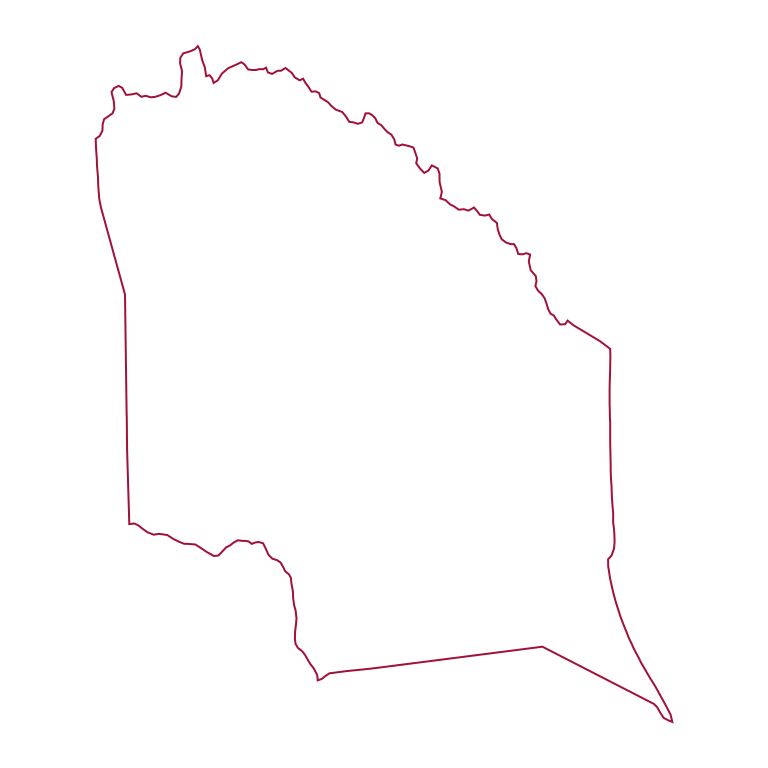 Alcobaça, Bahia, Brazil (Equal Earth projection)
{"feature_id": "56859067B73334653800996", "entity_name": "Alcobaça", "entity_type": "district", "adm_level": 2, "iso_a3": "BRA", "parent_name": "Brazil", "parent_adm1": "Bahia", "projection": "equal_earth", "projection_center": [-39.394, -17.469], "detail": "fine", "context": "isolated", "style": "outline", "palette": "rose", "viewbox_px": 768, "rotation_deg": 0, "n_neighbors": 0, "source": "geoboundaries", "source_scale": "gbopen_adm2", "svg_char_len": 3630}
<svg xmlns="http://www.w3.org/2000/svg" viewBox="0 0 768 768"><path d="M610.2,348.9L600.0,341.2L573.8,325.5L567.6,320.6L565.2,324.2L560.1,324.5L556.1,319.2L553.9,315.6L550.6,313.7L548.2,309.3L546.6,303.8L544.6,298.2L541.7,294.0L538.1,290.8L535.4,286.1L536.5,281.2L535.8,276.1L530.7,270.2L528.8,261.6L530.1,254.5L526.3,253.2L522.3,254.4L518.2,253.9L516.4,248.1L514.0,244.1L510.5,244.1L505.8,242.4L501.8,239.3L499.7,235.2L497.8,229.6L496.9,223.0L491.7,218.8L489.2,214.5L485.0,215.6L479.8,214.8L477.0,210.9L474.0,207.5L468.5,210.6L463.8,209.2L458.8,209.7L453.8,206.2L450.2,204.5L445.5,200.1L440.3,198.4L441.9,191.9L439.6,182.2L439.5,173.8L437.7,168.4L431.8,165.4L428.4,170.6L424.2,172.9L420.1,168.6L416.2,163.2L417.2,158.5L415.2,152.4L413.4,147.5L409.4,146.2L402.4,144.5L398.9,145.7L395.5,144.5L394.3,139.4L391.4,134.7L387.6,132.2L384.5,129.0L381.2,125.1L377.5,122.9L375.2,118.1L372.4,115.3L369.1,113.3L365.6,113.3L363.8,118.4L362.2,122.4L357.8,123.8L352.8,122.2L349.3,121.9L346.1,116.7L342.2,112.0L335.7,109.6L331.6,106.2L328.0,102.2L324.0,99.7L320.5,97.5L319.2,93.1L315.7,91.4L311.5,91.7L308.3,86.7L305.4,82.8L303.1,78.7L299.6,80.3L294.8,77.4L291.9,73.0L285.5,68.0L281.1,70.7L277.5,70.8L272.1,73.9L267.9,72.4L266.1,67.7L262.9,69.3L259.5,69.1L256.0,70.0L252.4,70.0L248.2,69.5L244.5,64.4L241.2,62.2L236.8,64.4L228.2,68.2L222.0,73.5L217.8,80.3L213.6,83.0L212.3,78.6L209.6,75.2L206.2,76.2L204.8,67.3L202.4,60.8L201.1,55.5L199.8,49.6L197.8,46.1L195.1,49.1L190.0,51.4L183.3,53.3L180.3,57.8L180.1,63.6L182.1,71.2L181.5,79.0L181.3,86.7L179.0,93.6L176.2,96.9L171.6,96.3L165.6,92.7L160.1,95.3L155.4,96.8L150.8,97.3L145.7,95.8L141.4,96.8L136.6,93.3L131.6,94.4L126.1,94.9L122.2,87.8L118.6,85.9L114.0,88.2L111.5,92.1L113.8,101.3L114.4,108.7L112.5,113.4L107.8,116.7L104.1,119.2L102.7,124.1L102.4,130.7L99.8,135.9L95.7,138.8L95.9,144.5L96.2,150.4L96.8,158.8L97.0,165.7L97.5,171.6L98.0,177.3L98.1,181.9L98.3,186.4L98.8,193.0L99.2,198.6L100.9,207.3L125.0,294.5L126.6,412.1L126.8,418.9L127.0,443.2L127.2,453.4L129.3,524.1L134.4,523.5L138.7,525.6L142.2,528.5L147.5,532.3L153.8,534.7L158.8,533.9L163.2,534.4L167.4,535.1L170.9,537.4L174.0,539.3L179.1,541.8L184.2,543.8L188.1,543.9L195.4,544.5L200.4,547.7L206.9,552.1L213.9,556.0L218.4,555.5L221.9,551.9L226.1,547.4L229.9,545.5L233.3,542.8L237.8,540.3L241.8,540.8L245.3,540.9L248.8,541.5L251.7,543.9L255.2,542.5L258.7,542.0L263.1,543.3L266.0,549.2L268.5,554.9L272.4,558.7L277.2,560.2L280.6,562.6L283.2,567.1L285.2,571.2L288.9,574.3L290.9,577.9L291.4,583.3L292.9,591.4L293.2,598.5L294.1,605.1L295.6,610.4L296.5,618.4L295.9,625.0L295.1,631.6L294.9,639.1L295.6,644.0L297.9,647.9L302.0,651.1L304.8,654.5L307.3,659.0L310.4,664.2L313.7,668.3L317.2,675.0L317.7,680.4L321.8,678.9L325.8,675.7L329.5,673.3L346.6,671.1L371.2,668.6L515.2,650.2L542.4,646.7L654.0,704.0L657.3,707.4L660.3,712.8L663.7,717.9L668.4,720.4L672.3,721.9L670.6,714.7L666.9,707.5L663.5,701.2L659.8,694.6L656.9,689.2L653.9,684.1L650.7,679.1L647.2,673.2L644.0,667.6L641.3,663.1L638.8,658.0L635.9,652.6L633.9,648.9L631.3,643.0L628.8,637.9L626.4,631.7L623.7,625.1L621.8,620.2L620.0,615.3L618.5,610.4L617.1,606.2L615.8,602.0L614.6,597.6L613.2,592.2L612.1,587.7L611.2,583.3L610.1,578.6L609.2,572.6L608.2,566.3L608.1,559.3L611.6,555.5L614.0,548.6L614.6,541.7L614.4,534.7L613.9,528.0L613.1,522.1L613.2,513.8L612.5,505.6L612.0,498.6L611.7,492.1L611.6,487.0L611.0,478.8L610.7,470.8L610.7,465.4L610.5,457.5L610.4,451.3L610.2,444.0L610.2,439.1L610.2,432.0L610.2,423.4L609.9,417.0L609.8,410.7L609.6,403.5L609.6,396.1L609.6,389.4L609.7,383.2L610.0,374.7L610.2,369.0L610.2,364.1L610.4,357.2L610.2,348.9Z" fill="none" stroke="#9f1239" stroke-width="2"/></svg>